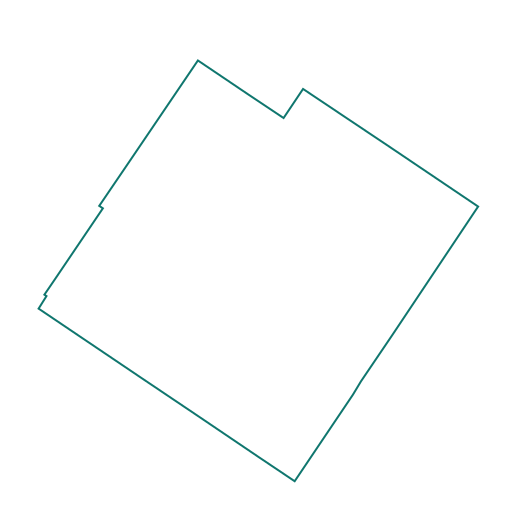 the district of Luna, New Mexico, United States of America, rotated 34°
{"feature_id": "52423323B3054531487219", "entity_name": "Luna", "entity_type": "district", "adm_level": 2, "iso_a3": "USA", "parent_name": "United States of America", "parent_adm1": "New Mexico", "projection": "robinson", "projection_center": [-107.798, 32.195], "detail": "fine", "context": "isolated", "style": "outline", "palette": "teal", "viewbox_px": 512, "rotation_deg": 34, "n_neighbors": 0, "source": "geoboundaries", "source_scale": "gbopen_adm2", "svg_char_len": 458}
<svg xmlns="http://www.w3.org/2000/svg" viewBox="0 0 512 512"><g transform="rotate(34 256 256)"><path d="M105.2,421.2L158.4,421.2L227.1,421.2L297.3,421.1L371.4,421.2L371.5,421.2L413.9,421.1L414.0,421.1L413.9,316.8L413.1,301.1L413.2,245.7L412.5,94.7L412.5,90.8L308.2,90.8L201.6,91.2L201.7,126.2L158.3,126.4L98.5,126.4L98.2,250.9L98.0,302.1L102.4,302.1L102.3,388.8L102.2,406.4L104.7,406.4L105.2,421.2Z" fill="none" stroke="#0f766e" stroke-width="2"/></g></svg>